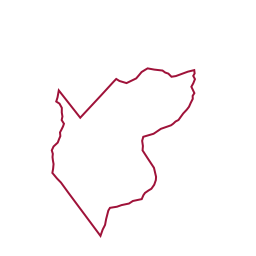 the district of Cafeara, Paraná, Brazil, rotated 54°
{"feature_id": "56859067B49164641112145", "entity_name": "Cafeara", "entity_type": "district", "adm_level": 2, "iso_a3": "BRA", "parent_name": "Brazil", "parent_adm1": "Paraná", "projection": "mercator", "projection_center": [-51.713, -22.795], "detail": "fine", "context": "isolated", "style": "outline", "palette": "rose", "viewbox_px": 256, "rotation_deg": 54, "n_neighbors": 0, "source": "geoboundaries", "source_scale": "gbopen_adm2", "svg_char_len": 1176}
<svg xmlns="http://www.w3.org/2000/svg" viewBox="0 0 256 256"><g transform="rotate(54 128 128)"><path d="M191.8,162.7L193.6,158.7L191.4,155.0L190.5,152.4L190.6,148.1L190.9,144.8L189.3,140.1L186.5,136.1L184.0,134.0L175.5,130.4L164.4,129.9L154.7,129.4L151.3,126.5L146.7,124.1L144.1,120.8L147.7,110.7L148.0,101.9L151.1,91.6L151.1,88.9L150.7,85.7L151.2,82.5L148.7,74.8L147.7,69.6L146.7,66.2L144.5,62.4L142.5,58.5L140.0,56.8L138.8,53.8L131.9,52.5L130.2,48.9L127.8,45.1L124.2,44.6L123.0,42.0L120.1,40.4L117.6,46.5L114.1,58.8L112.1,62.7L107.7,63.4L105.0,65.3L101.8,66.3L96.2,72.4L91.3,77.1L91.0,80.1L90.7,84.1L91.7,88.0L92.7,92.2L90.8,102.8L84.9,107.3L81.4,108.7L82.0,112.1L85.8,130.8L91.6,160.6L56.9,161.9L61.8,167.0L64.4,170.5L68.0,169.1L72.8,169.7L76.6,172.5L80.2,174.3L82.6,177.0L86.9,177.3L88.5,179.6L89.9,182.2L91.6,185.6L94.8,187.5L96.4,190.2L98.5,193.4L99.2,199.1L101.3,202.8L104.7,204.0L107.2,206.2L109.9,207.7L113.4,209.4L116.9,212.5L119.9,215.6L127.2,215.1L132.7,214.3L145.0,214.3L199.1,213.7L195.3,208.2L192.9,203.5L188.9,199.3L183.2,192.4L182.0,189.5L185.2,183.2L186.6,178.5L189.7,171.6L189.9,167.0L191.8,162.7Z" fill="none" stroke="#9f1239" stroke-width="2"/></g></svg>